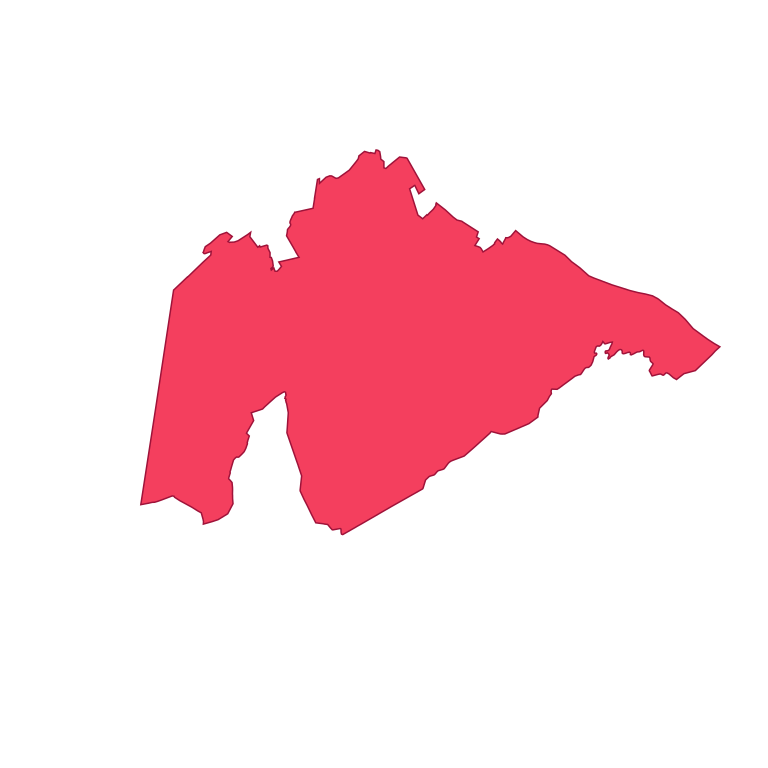 Dvietes pag., Ilukstes, Latvia, rotated 312°
{"feature_id": "27541924B45614258589543", "entity_name": "Dvietes pag.", "entity_type": "district", "adm_level": 2, "iso_a3": "LVA", "parent_name": "Latvia", "parent_adm1": "Ilukstes", "projection": "equal_earth", "projection_center": [26.269, 56.095], "detail": "fine", "context": "isolated", "style": "filled", "palette": "rose", "viewbox_px": 768, "rotation_deg": 312, "n_neighbors": 0, "source": "geoboundaries", "source_scale": "gbopen_adm2", "svg_char_len": 6099}
<svg xmlns="http://www.w3.org/2000/svg" viewBox="0 0 768 768"><g transform="rotate(312 384 384)"><path d="M159.0,343.5L166.6,348.3L172.2,351.5L183.0,354.7L194.0,351.9L197.5,348.2L200.3,345.6L200.5,345.3L204.0,342.3L205.9,340.5L209.1,337.0L209.5,334.3L209.6,332.0L210.4,331.4L215.1,329.2L215.5,328.4L217.2,327.7L220.6,326.0L226.9,323.0L229.4,323.0L230.7,323.2L231.2,323.4L231.9,324.5L232.7,325.0L236.3,325.3L239.6,325.4L240.8,325.2L243.7,324.4L248.2,322.5L249.1,321.4L249.9,321.2L250.0,321.0L255.2,318.7L255.4,314.7L269.6,311.6L273.8,304.6L284.2,310.5L287.2,310.6L293.2,311.2L301.7,312.1L309.6,314.3L311.1,314.9L311.7,315.3L311.9,316.4L311.3,317.2L310.5,318.1L310.5,318.4L310.1,318.7L309.3,319.0L308.4,319.1L308.1,319.4L306.9,320.0L307.0,320.3L307.2,320.5L307.1,320.8L307.2,321.2L307.0,321.5L306.8,321.6L306.2,321.7L305.9,322.0L305.7,322.3L305.2,323.2L305.0,323.3L304.9,323.6L304.6,324.1L304.2,324.9L298.6,332.1L286.9,341.3L282.9,344.4L282.6,344.8L268.3,370.6L266.2,374.5L265.8,375.1L260.6,384.3L249.1,392.6L248.4,393.3L244.8,401.7L242.3,408.3L238.6,417.3L235.2,426.2L239.7,432.7L239.9,433.2L241.9,436.1L241.2,440.7L241.0,442.9L241.1,443.2L241.5,443.7L246.7,447.7L247.4,448.4L247.4,449.1L245.1,451.3L244.2,452.5L244.0,452.9L244.5,454.1L258.1,458.6L260.4,459.3L264.8,460.8L297.6,471.4L331.9,482.9L332.8,482.7L340.5,479.1L345.6,479.5L346.9,480.2L349.8,482.0L350.7,482.2L352.3,482.2L353.4,482.1L355.4,482.2L356.1,482.5L360.0,484.9L361.3,485.4L368.1,484.8L369.7,484.9L371.6,485.4L373.7,486.4L384.1,491.8L395.6,493.2L418.4,495.6L420.4,495.4L424.7,503.8L425.8,505.2L427.8,507.3L451.5,518.2L462.4,520.5L463.0,520.0L463.0,519.9L464.1,519.2L470.1,515.8L480.9,516.4L485.6,515.2L488.8,514.9L490.3,513.1L491.9,512.2L492.6,512.2L493.3,513.1L495.9,516.2L498.4,516.9L502.6,517.7L513.8,520.0L517.6,520.7L521.2,522.6L522.1,523.4L522.6,523.7L523.7,523.7L529.0,522.9L530.3,522.9L530.8,523.0L531.5,523.3L532.0,523.7L533.0,524.7L533.3,524.9L534.1,525.1L536.4,525.3L537.1,525.2L538.1,524.8L539.2,524.5L540.2,524.2L544.9,521.8L545.5,521.9L547.2,522.4L547.9,522.3L548.6,522.1L548.9,521.8L549.0,521.1L548.2,520.3L547.9,519.8L548.2,519.2L549.2,518.5L553.5,516.8L554.6,517.0L555.2,517.3L555.7,517.8L555.8,518.2L556.1,518.6L556.8,518.9L557.9,519.1L559.5,518.9L560.8,518.6L562.0,518.2L561.9,519.6L561.6,520.3L561.5,520.8L561.8,521.5L563.5,522.6L566.1,524.1L567.9,525.6L567.7,525.7L567.4,525.6L567.4,526.0L566.3,526.5L562.8,527.5L560.5,528.4L559.9,528.4L558.9,528.2L558.2,527.8L557.0,526.7L556.5,526.6L556.2,526.7L555.4,527.3L555.0,528.0L555.1,528.4L556.7,529.2L556.7,530.8L556.2,532.0L553.6,532.8L552.8,533.4L552.7,534.0L553.0,534.1L553.5,534.1L554.2,534.5L555.3,534.3L556.4,534.4L559.8,535.5L563.4,535.4L564.8,535.5L566.2,535.7L567.6,536.3L568.2,537.3L568.3,537.9L567.7,539.1L566.4,540.3L566.3,540.8L566.5,541.4L566.9,541.9L568.2,542.8L569.1,543.3L570.5,544.0L571.0,544.5L571.8,544.9L572.0,545.6L572.0,546.3L570.7,547.4L571.0,548.2L573.4,549.3L576.5,550.4L577.6,551.0L578.4,551.9L579.3,552.5L582.1,553.6L582.5,554.2L582.4,554.8L582.1,555.2L579.5,557.4L578.9,558.4L578.8,558.8L578.8,559.2L579.0,559.8L581.5,563.1L581.5,563.5L581.4,563.9L581.1,564.5L580.1,565.5L579.4,566.6L579.2,567.2L579.2,570.2L579.0,570.4L578.4,570.8L572.1,571.9L571.6,572.1L571.4,572.3L571.2,572.7L570.9,573.8L569.7,576.8L569.4,577.8L569.7,578.1L574.5,581.2L576.1,582.4L576.5,582.9L577.2,585.4L577.5,585.7L577.8,585.9L579.5,586.0L580.9,586.2L581.2,586.4L581.6,586.8L582.1,588.7L582.2,589.2L582.3,594.9L583.1,598.4L583.3,598.4L592.4,600.0L602.3,606.4L625.2,608.1L630.2,608.1L636.4,608.7L635.0,602.1L633.8,594.5L633.2,588.9L632.0,576.6L633.6,564.6L633.9,555.1L632.5,548.0L631.2,540.1L630.7,531.0L629.2,524.6L625.8,518.1L621.9,511.6L618.0,504.2L610.1,486.8L603.2,469.1L601.4,463.7L601.4,451.9L600.4,441.5L600.8,432.3L597.6,414.5L596.8,412.3L595.5,409.8L593.9,407.7L591.0,403.7L589.7,401.1L588.3,397.7L587.2,393.8L586.4,389.0L586.1,379.2L578.7,379.4L576.6,378.7L575.3,377.9L574.2,376.6L572.9,377.1L569.4,377.9L567.4,378.5L567.3,376.9L567.7,375.7L567.8,373.6L567.7,371.3L564.0,371.6L562.9,371.8L562.0,372.5L561.3,372.2L560.0,372.2L553.9,370.8L548.4,369.2L549.5,366.0L549.8,364.1L549.2,362.3L547.7,358.9L555.7,357.5L555.1,354.4L560.1,352.2L557.2,334.6L557.0,332.9L556.7,332.3L554.7,328.6L554.3,323.9L554.4,313.0L553.6,301.7L552.3,302.2L552.2,302.5L551.5,303.1L546.9,303.7L545.0,303.6L542.8,303.4L540.5,303.3L540.2,303.4L539.8,303.3L539.3,303.4L539.0,303.2L538.3,303.2L538.2,303.0L538.3,302.6L532.7,302.2L532.2,296.2L546.2,272.4L550.5,273.5L551.7,273.7L552.2,274.0L548.7,282.6L555.8,284.1L567.2,250.1L566.8,249.0L563.1,243.7L548.4,241.4L548.3,241.5L545.4,241.2L544.6,239.3L549.2,235.1L549.0,231.1L550.8,229.2L553.8,225.4L553.6,223.1L552.6,221.5L549.2,223.0L546.9,219.1L546.3,219.1L543.8,213.9L536.7,212.7L535.6,213.4L534.0,214.2L530.9,214.5L519.7,215.1L518.8,214.9L506.6,212.2L504.7,210.7L503.6,205.9L502.4,204.4L498.9,202.6L490.0,201.8L493.4,198.6L491.5,197.7L480.6,204.8L475.8,207.9L475.9,208.0L467.1,213.7L452.4,203.2L451.9,202.7L450.9,203.1L448.0,203.4L447.4,203.5L445.8,204.1L444.1,204.6L442.0,205.4L440.9,206.2L440.6,206.7L440.4,207.5L440.1,207.9L439.8,208.2L438.8,208.6L437.5,208.8L435.4,208.8L434.1,209.0L432.4,210.3L430.2,211.7L429.2,212.2L428.9,212.5L424.9,224.9L423.3,229.7L423.0,230.3L421.3,236.1L404.3,224.2L402.8,229.1L399.0,229.3L396.4,229.2L395.5,228.3L394.9,227.5L396.5,224.5L393.3,224.0L394.1,222.7L396.4,223.0L397.6,222.7L400.9,218.8L402.6,215.6L401.9,214.5L405.4,211.4L407.2,206.9L409.0,205.1L408.8,204.0L402.9,200.3L403.5,199.1L401.2,198.7L403.7,185.7L407.5,183.4L403.9,182.7L392.8,179.7L389.2,177.7L386.2,174.6L385.9,174.5L385.4,172.8L392.1,172.5L391.4,165.6L385.0,162.2L372.5,160.8L366.5,159.3L363.8,160.3L361.2,161.5L360.7,161.5L360.5,162.8L360.6,163.2L360.8,163.4L361.3,163.8L361.5,164.0L363.0,164.7L366.9,166.9L363.9,169.0L353.1,168.0L332.0,166.5L332.0,166.3L313.0,164.8L215.4,229.1L131.6,284.0L137.9,288.8L140.9,290.9L142.7,292.7L145.3,294.3L149.0,296.3L159.1,301.5L160.1,303.1L159.7,304.1L160.7,310.4L163.8,323.3L165.1,330.7L166.0,334.4L162.5,339.9L161.0,341.9L159.0,343.5Z" fill="#f43f5e" stroke="#9f1239" stroke-width="1.5"/></g></svg>